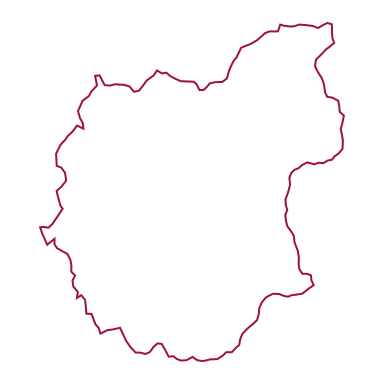 outline of Jacutinga, Minas Gerais, Brazil
{"feature_id": "56859067B357432124810", "entity_name": "Jacutinga", "entity_type": "district", "adm_level": 2, "iso_a3": "BRA", "parent_name": "Brazil", "parent_adm1": "Minas Gerais", "projection": "equal_earth", "projection_center": [-46.595, -22.286], "detail": "fine", "context": "isolated", "style": "outline", "palette": "rose", "viewbox_px": 384, "rotation_deg": 0, "n_neighbors": 0, "source": "geoboundaries", "source_scale": "gbopen_adm2", "svg_char_len": 2589}
<svg xmlns="http://www.w3.org/2000/svg" viewBox="0 0 384 384"><path d="M95.1,75.9L97.0,85.4L91.5,91.3L88.9,96.0L82.5,100.8L78.0,111.2L80.0,118.1L82.8,123.2L83.4,128.7L77.0,125.6L72.7,131.4L67.7,136.1L65.2,139.8L60.6,144.6L56.1,153.7L56.7,165.8L61.4,167.7L65.0,172.8L66.2,180.5L61.8,186.3L56.6,191.0L58.0,196.9L60.3,205.2L62.6,208.8L56.6,217.8L52.5,223.9L48.5,227.7L43.8,226.9L40.1,227.3L42.1,233.2L44.4,238.3L47.2,244.7L50.7,241.8L54.5,238.8L54.5,244.2L57.0,248.1L62.6,251.3L67.4,253.9L70.4,260.0L71.4,265.4L71.3,271.7L75.1,275.5L72.5,280.5L73.3,286.6L77.9,292.0L76.9,298.0L81.3,295.2L85.0,299.8L85.8,306.0L86.4,313.7L91.5,313.9L95.5,324.4L98.6,327.8L100.4,333.6L107.6,330.1L113.3,329.4L120.0,327.8L122.8,333.7L126.2,341.0L130.7,347.4L135.5,352.5L140.8,352.7L145.2,354.0L149.9,352.0L153.5,346.9L157.6,343.4L161.8,344.0L165.7,350.9L168.7,356.7L173.3,356.2L177.0,359.1L181.2,360.6L186.7,360.1L192.6,356.9L197.0,360.1L201.8,361.0L205.5,360.6L210.1,359.4L217.4,359.1L222.8,355.6L226.3,352.2L231.8,352.2L235.6,348.1L239.2,345.0L240.2,339.2L242.3,334.1L245.9,330.1L249.3,326.9L253.6,323.5L257.1,320.0L258.8,314.0L259.3,308.1L261.8,302.5L265.7,297.6L270.0,295.2L273.4,293.7L279.4,294.1L283.9,295.9L288.1,296.7L291.6,295.2L295.8,294.7L302.3,293.7L308.2,289.0L313.7,285.1L311.4,280.3L311.0,275.4L307.2,273.9L302.3,273.7L299.3,269.1L298.6,263.8L298.9,258.2L297.9,251.0L294.6,242.6L293.8,235.7L291.2,231.5L287.3,226.1L285.9,220.5L285.3,214.9L287.3,210.0L285.8,205.2L285.5,199.3L288.0,192.7L290.1,184.7L289.4,177.6L291.4,172.7L294.6,169.8L298.5,168.2L302.3,164.9L307.3,162.4L314.0,164.3L318.8,162.7L323.3,163.2L327.7,160.5L332.0,159.7L334.6,156.3L338.4,153.7L342.5,148.8L342.9,140.4L341.9,134.6L340.7,129.0L342.1,124.1L343.9,115.7L339.7,111.7L339.3,106.6L338.3,100.8L332.2,97.6L327.3,96.9L325.1,92.4L324.1,85.2L322.0,78.5L318.0,72.2L315.0,66.3L316.0,59.5L321.4,54.4L325.9,49.5L330.2,46.3L334.2,42.9L332.5,38.4L332.0,33.1L331.9,24.3L327.3,23.0L322.9,25.1L318.2,28.0L312.3,25.9L306.1,25.1L299.2,24.6L294.4,26.2L290.0,26.5L283.9,25.7L280.2,24.6L278.0,31.3L274.2,31.5L269.9,31.3L265.1,33.1L261.6,36.3L257.6,39.8L253.4,42.4L249.2,44.6L244.9,46.1L241.1,47.8L238.8,52.7L236.6,57.3L233.5,61.0L231.6,65.0L229.1,70.5L226.9,78.5L222.3,81.9L215.0,82.2L209.9,83.3L206.7,87.1L203.6,90.0L199.4,90.0L196.8,84.6L193.7,81.7L188.1,81.5L180.8,81.2L174.8,78.5L169.8,75.8L166.4,72.7L162.0,73.4L157.0,70.5L153.8,75.3L150.3,77.8L146.5,80.7L143.2,85.4L139.0,90.7L134.0,91.8L129.5,86.5L124.3,84.9L120.2,84.6L115.0,84.3L109.7,85.6L104.6,85.1L101.7,79.5L99.6,75.4L95.1,75.9Z" fill="none" stroke="#9f1239" stroke-width="2"/></svg>